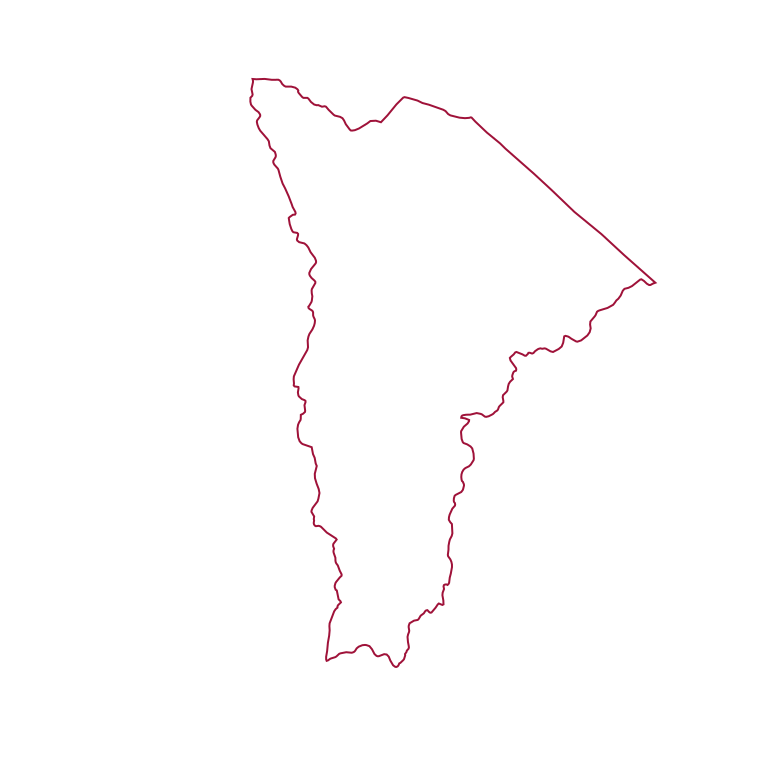 Mwanza, Mwanza, Malawi (orthographic projection), rotated 199°
{"feature_id": "42251766B31446962769453", "entity_name": "Mwanza", "entity_type": "district", "adm_level": 2, "iso_a3": "MWI", "parent_name": "Malawi", "parent_adm1": "Mwanza", "projection": "orthographic", "projection_center": [34.516, -15.608], "detail": "fine", "context": "isolated", "style": "outline", "palette": "rose", "viewbox_px": 768, "rotation_deg": 199, "n_neighbors": 0, "source": "geoboundaries", "source_scale": "gbopen_adm2", "svg_char_len": 6166}
<svg xmlns="http://www.w3.org/2000/svg" viewBox="0 0 768 768"><g transform="rotate(199 384 384)"><path d="M388.7,664.4L390.1,663.4L394.0,661.7L399.4,660.4L408.7,659.6L411.2,660.1L414.7,662.1L417.3,662.6L432.5,662.7L439.1,662.2L444.6,662.9L454.1,662.4L458.0,661.9L459.1,661.0L463.3,652.4L468.2,639.1L472.1,630.5L477.4,630.3L482.5,628.2L484.7,624.9L490.9,617.4L494.2,614.5L496.7,613.2L498.0,612.9L499.3,613.5L504.7,617.2L507.6,620.2L509.8,621.8L512.5,622.3L517.9,621.8L519.3,622.2L525.6,625.2L529.1,627.3L530.5,627.3L532.9,626.0L537.0,626.3L538.3,625.7L541.0,625.5L544.9,626.9L548.3,629.2L549.6,629.6L553.4,628.3L554.8,628.7L559.4,631.4L560.4,632.3L560.6,633.6L561.8,634.5L564.4,635.3L568.6,635.0L573.8,633.2L575.4,633.4L577.9,634.5L580.1,636.4L581.5,637.1L582.9,637.3L589.1,635.1L596.2,633.6L603.8,630.6L607.6,629.6L606.5,627.9L606.1,626.5L605.3,619.7L602.5,615.0L602.4,613.6L603.5,611.2L602.3,607.5L600.8,605.0L599.7,604.1L594.9,601.4L591.1,600.2L588.9,598.5L588.3,597.2L588.5,595.8L589.8,591.9L589.6,590.5L588.2,588.1L585.7,585.1L583.5,583.2L573.9,577.6L571.9,576.0L569.9,572.2L568.1,570.0L562.7,567.9L561.1,565.7L560.5,564.4L560.4,563.1L561.3,559.1L561.0,557.8L560.2,556.7L559.1,555.7L554.5,553.1L553.5,552.1L549.5,546.2L545.1,540.5L541.2,536.8L535.2,530.4L529.6,523.7L528.0,521.6L523.8,517.8L523.1,516.5L523.3,515.2L525.3,514.3L527.6,511.1L528.1,509.9L525.2,504.5L522.1,500.4L520.3,498.6L519.1,498.0L515.3,498.6L514.1,498.0L513.7,496.7L513.5,492.5L512.8,491.4L510.4,490.5L505.0,491.0L502.4,490.0L500.0,488.4L496.3,484.7L490.5,480.8L488.5,478.5L487.9,477.2L487.9,475.8L490.4,469.0L490.8,464.7L490.3,463.4L489.4,462.3L487.1,460.7L483.3,459.1L482.2,458.3L481.8,457.1L483.1,450.3L482.9,448.9L481.8,446.2L480.3,443.6L479.4,439.4L479.3,438.0L480.2,433.6L480.7,432.4L480.1,431.3L478.9,430.7L476.2,430.1L475.0,429.5L474.3,428.5L473.4,425.9L472.6,424.7L470.6,422.7L469.9,421.5L469.3,419.0L469.1,416.2L469.5,412.2L470.8,407.1L470.9,404.3L470.4,400.4L467.8,394.0L467.6,391.2L470.7,374.6L471.7,361.9L471.0,359.1L469.3,355.2L468.9,353.3L467.8,352.6L464.0,353.3L463.4,352.2L462.7,348.1L461.4,345.6L460.5,344.6L456.8,343.0L454.2,342.9L452.9,342.6L452.3,341.4L452.3,338.1L449.9,333.2L449.6,331.9L450.8,329.6L452.6,327.8L451.4,324.0L451.2,322.7L451.8,320.2L452.0,317.5L451.3,313.5L447.8,305.7L445.1,302.4L442.8,301.1L441.4,300.7L431.8,300.7L428.3,294.6L425.5,291.6L422.7,286.6L420.9,284.6L420.2,276.5L418.6,272.5L415.3,267.9L411.6,263.5L409.5,259.9L408.7,254.2L408.6,251.4L411.1,243.7L411.3,240.9L411.0,239.5L406.9,236.0L406.4,233.4L405.7,232.3L405.2,229.7L404.5,228.5L403.3,227.6L402.1,227.4L399.7,228.6L398.5,228.7L397.1,228.5L389.7,224.9L379.2,222.3L378.1,221.5L379.8,216.5L379.7,215.2L379.2,214.0L377.5,211.9L377.6,210.6L377.3,209.3L376.7,208.1L373.4,203.9L372.4,201.2L371.7,199.9L370.8,198.9L368.6,197.4L365.1,193.1L362.1,190.2L361.7,188.9L362.9,186.5L364.8,181.3L365.1,179.9L364.9,177.1L364.4,175.8L362.7,173.7L361.4,173.4L356.8,165.6L354.5,164.5L353.6,163.5L355.4,160.0L355.6,158.7L355.2,157.4L356.4,155.4L357.1,152.8L357.5,140.0L356.8,137.3L355.2,133.4L353.9,128.1L352.8,121.1L350.8,112.9L349.9,107.2L349.0,104.7L348.1,103.6L347.0,104.4L345.4,106.7L344.4,107.5L341.1,109.9L340.3,110.9L338.5,114.3L337.4,115.2L332.4,118.1L327.0,119.4L325.9,120.2L325.0,121.1L324.4,122.4L323.8,125.1L322.4,127.4L319.4,130.0L317.0,131.1L315.6,131.4L312.4,131.4L309.0,129.3L305.1,125.6L302.6,124.5L301.3,124.5L300.2,125.0L295.9,128.6L293.4,129.1L290.8,127.8L288.0,124.6L283.8,121.0L281.2,120.2L280.0,120.6L279.1,121.6L278.7,122.9L278.6,124.8L277.7,125.7L275.9,129.2L275.5,130.4L275.6,134.3L276.2,135.5L275.5,138.0L275.6,139.3L274.6,141.7L274.7,143.0L275.3,144.3L277.3,147.8L279.4,152.5L279.7,155.0L279.6,157.6L279.8,158.9L281.6,162.3L281.9,163.6L281.9,166.1L278.6,170.0L275.3,171.9L274.7,173.1L273.9,176.9L271.7,180.1L271.1,182.6L270.4,183.7L269.3,184.3L267.1,183.1L265.8,182.8L264.7,183.4L262.4,189.3L261.4,193.1L260.7,194.3L256.9,194.1L256.0,195.0L257.4,198.6L260.0,203.3L260.6,205.8L260.5,209.7L261.8,212.0L261.9,213.3L261.0,214.3L259.8,214.8L258.5,214.7L257.9,215.9L257.7,217.2L258.8,222.4L259.1,226.4L260.1,233.0L261.0,235.5L262.4,237.8L264.2,239.8L267.3,242.0L268.0,243.2L269.1,248.4L270.3,252.0L270.9,255.9L271.1,258.5L270.5,262.4L270.7,265.0L274.2,273.7L276.5,275.0L278.5,276.7L279.2,279.2L279.4,281.9L278.8,288.4L277.3,292.1L277.5,293.3L278.2,294.5L279.3,295.2L280.0,296.2L280.7,298.7L280.8,301.3L280.2,302.4L275.8,307.0L275.0,309.4L275.0,310.7L275.3,314.0L275.8,315.2L277.6,317.2L278.7,317.7L279.5,318.8L280.6,321.1L281.3,323.7L281.4,326.3L280.9,328.8L280.3,330.0L279.6,331.1L276.9,333.8L275.7,336.1L274.5,341.2L274.7,342.6L276.7,347.4L279.6,351.8L281.8,353.1L283.1,353.4L285.6,354.0L289.5,354.1L290.6,354.7L292.7,357.3L295.4,363.3L295.7,364.5L294.6,369.6L292.1,373.9L291.5,376.5L291.8,377.7L296.3,377.9L300.0,377.2L300.2,378.6L299.7,379.7L298.6,380.5L296.3,381.7L292.5,383.1L286.9,386.7L283.0,387.2L281.7,387.2L278.0,386.0L276.7,386.2L274.5,387.6L271.8,390.4L271.0,391.4L269.9,393.8L268.3,395.8L267.9,397.0L267.9,399.6L267.5,400.9L265.2,405.5L265.6,406.8L267.5,410.2L267.8,412.2L265.5,416.8L265.2,418.1L265.9,422.0L266.1,424.7L265.5,427.2L263.7,430.7L265.2,432.7L265.5,434.0L265.5,436.6L265.3,437.8L264.5,438.8L263.5,439.6L263.7,440.9L264.3,442.0L272.0,447.4L273.5,449.6L273.0,450.8L271.0,454.2L270.2,456.6L269.2,457.4L262.7,457.1L260.2,456.6L259.0,456.9L257.8,459.2L257.6,460.5L256.4,461.0L253.9,461.0L252.8,461.9L251.8,464.3L250.3,466.4L249.5,467.4L247.8,468.6L245.9,468.8L243.7,470.0L242.4,470.1L237.2,469.1L234.6,469.3L230.2,474.0L228.2,477.3L228.0,481.3L229.1,487.7L228.1,488.6L225.5,488.8L224.2,488.6L221.6,487.8L216.2,486.8L214.9,487.0L211.8,489.4L207.5,496.1L206.4,499.9L206.7,503.9L208.5,507.3L209.2,510.3L206.8,516.5L206.4,517.8L206.1,521.7L205.3,522.8L204.3,523.7L197.4,528.7L193.1,533.5L192.2,536.1L191.5,538.7L190.2,540.9L189.0,544.7L188.6,549.9L187.6,552.3L184.2,554.5L181.4,557.3L175.8,566.1L174.7,566.8L171.8,566.1L168.1,564.4L165.5,563.9L164.3,564.4L162.5,566.4L160.4,568.1L198.8,584.0L227.2,596.5L260.0,608.7L288.8,622.0L310.4,631.5L345.9,646.1L352.6,649.3L368.5,655.2L383.0,661.8L387.9,664.4L388.7,664.4Z" fill="none" stroke="#9f1239" stroke-width="2"/></g></svg>